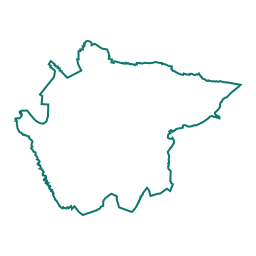 the district of Chalchicomula de Sesma, Puebla, Mexico
{"feature_id": "50627088B80469621247592", "entity_name": "Chalchicomula de Sesma", "entity_type": "district", "adm_level": 2, "iso_a3": "MEX", "parent_name": "Mexico", "parent_adm1": "Puebla", "projection": "albers", "projection_center": [-97.433, 18.977], "detail": "fine", "context": "isolated", "style": "outline", "palette": "teal", "viewbox_px": 256, "rotation_deg": 0, "n_neighbors": 0, "source": "geoboundaries", "source_scale": "gbopen_adm2", "svg_char_len": 5680}
<svg xmlns="http://www.w3.org/2000/svg" viewBox="0 0 256 256"><path d="M77.1,59.3L78.3,64.5L81.3,70.6L67.4,77.8L61.5,71.8L61.6,71.0L59.6,70.5L59.8,68.4L57.7,68.1L57.9,66.7L55.7,66.4L55.8,65.9L54.5,65.0L54.9,64.4L50.7,61.1L48.8,64.3L50.9,65.9L50.2,67.0L54.4,70.1L54.3,70.3L55.0,71.2L54.0,77.0L39.9,94.6L42.3,96.1L41.6,104.1L48.3,104.5L47.9,116.6L47.7,116.8L46.5,121.4L43.4,123.7L40.8,123.3L39.3,122.8L38.1,122.2L35.4,120.4L33.7,118.7L27.2,110.6L21.9,110.6L19.7,111.6L19.6,112.5L19.9,113.2L20.2,113.5L20.3,112.5L20.7,112.1L21.1,112.0L21.0,112.6L21.9,114.6L21.7,115.5L21.1,116.5L19.7,118.2L19.3,118.4L17.0,118.2L15.4,118.5L15.5,119.8L16.1,120.1L16.0,120.3L16.3,120.2L16.8,121.3L16.6,121.4L16.9,122.7L16.8,124.6L17.3,126.0L17.3,127.6L17.8,129.0L18.5,130.0L19.0,131.3L19.6,132.2L19.9,132.4L21.4,132.7L22.4,134.2L23.2,134.7L23.2,134.9L23.8,134.9L24.0,134.6L24.4,135.1L26.1,135.3L27.3,136.1L27.9,136.3L28.3,136.2L28.7,136.5L29.1,136.5L29.1,137.2L29.4,137.8L29.4,138.5L31.8,140.4L32.3,141.0L32.4,142.3L32.0,142.8L31.4,144.7L31.8,145.7L32.4,146.6L31.6,146.9L31.5,148.2L31.7,148.7L31.4,148.7L31.6,149.1L32.1,149.2L32.2,149.4L33.0,150.4L33.5,151.7L34.9,152.1L35.5,152.5L35.7,154.2L35.3,154.5L35.7,155.5L36.5,156.2L37.3,157.2L37.6,158.9L37.1,159.4L38.4,159.9L39.7,161.4L38.3,163.6L37.9,163.4L37.7,164.1L39.1,164.5L39.3,164.7L38.7,165.1L39.0,165.3L39.8,165.4L40.4,165.9L40.5,166.8L40.5,168.0L40.9,168.2L40.0,168.7L41.6,169.1L41.4,169.1L41.5,169.3L42.2,170.3L42.7,170.4L43.1,171.0L43.3,171.7L43.3,172.5L43.5,172.5L42.7,173.7L43.1,174.6L42.8,174.9L42.9,175.4L44.2,175.4L45.4,175.8L45.9,176.1L45.3,177.4L45.3,177.9L45.8,177.9L45.5,178.6L44.7,179.2L44.4,178.9L43.8,179.5L44.0,179.9L44.6,179.5L45.0,179.9L45.3,179.8L45.0,180.3L45.5,180.3L45.7,180.5L46.4,180.3L47.8,181.2L46.8,181.0L46.3,181.6L46.6,181.9L47.0,181.7L47.1,182.0L46.7,182.3L46.9,182.3L47.1,182.7L47.7,183.0L47.9,183.4L47.6,183.4L47.5,183.1L46.6,183.7L47.3,184.2L48.0,183.8L47.7,184.4L47.8,185.0L49.0,185.0L48.7,185.1L48.8,186.0L49.4,185.9L49.3,186.1L49.5,186.2L49.3,186.4L49.5,186.5L48.9,186.7L49.0,186.9L49.5,186.7L49.7,187.1L49.2,187.5L49.3,188.1L49.2,188.3L49.3,188.6L50.9,189.4L50.5,189.5L50.8,190.2L51.1,190.1L51.3,190.4L50.9,190.7L50.9,191.0L51.6,191.4L52.3,191.1L52.7,192.6L53.1,192.4L53.7,193.8L53.0,194.3L53.4,195.9L53.9,196.4L54.1,197.1L55.1,198.8L54.9,199.5L55.9,200.4L56.4,200.5L58.4,203.9L59.1,205.1L59.9,206.0L59.7,206.3L61.7,208.0L63.0,207.2L63.3,208.3L66.2,207.8L66.3,208.2L67.6,207.2L68.3,208.4L71.1,206.1L71.9,209.0L74.5,206.3L78.6,211.6L82.7,215.0L96.8,210.3L96.8,210.0L99.8,208.5L101.0,206.6L103.1,206.0L103.3,201.3L103.7,200.3L105.5,198.0L111.3,193.7L116.9,196.3L117.1,196.8L116.6,198.3L116.9,200.0L118.1,203.6L119.0,207.3L131.6,211.9L132.8,211.3L135.8,207.4L136.8,205.5L136.8,205.1L137.5,204.3L137.9,203.1L138.3,202.8L138.3,202.3L139.0,201.8L139.1,201.3L138.9,200.9L139.1,200.5L139.8,199.8L139.7,199.3L140.2,198.9L140.4,198.4L140.2,197.3L140.5,197.0L141.3,196.8L141.5,196.4L141.5,195.4L142.7,194.7L142.9,194.0L142.9,193.4L143.2,192.8L147.0,187.8L149.1,190.4L150.5,196.0L153.3,195.1L153.6,195.2L153.9,195.0L156.9,194.0L160.5,193.4L164.6,190.3L166.9,188.8L170.1,191.0L172.9,184.4L172.8,184.1L171.2,183.1L171.1,182.0L170.6,181.7L170.3,181.1L170.7,171.3L169.9,170.0L168.7,169.2L168.3,168.4L168.1,166.2L168.6,165.8L168.9,165.1L168.3,163.8L168.7,163.7L168.9,163.4L168.8,162.8L169.0,162.5L168.8,162.2L169.1,161.9L169.0,161.6L169.0,161.0L168.8,160.5L168.7,159.0L169.2,155.9L168.7,154.4L168.1,153.5L167.8,151.6L169.2,150.0L170.5,147.7L171.0,147.7L174.1,142.7L173.8,141.0L173.8,139.9L173.2,139.4L172.5,137.9L172.0,138.5L171.2,138.8L169.0,138.5L168.3,138.2L167.8,137.6L168.0,135.6L168.6,134.1L170.3,133.2L169.2,131.5L170.8,130.2L171.7,131.4L172.3,130.8L172.9,131.7L173.3,131.3L173.8,131.2L174.1,130.7L175.4,130.1L175.6,129.8L175.4,129.7L176.4,128.9L182.8,127.7L182.9,125.7L183.8,125.2L185.3,125.2L187.8,126.5L189.2,126.6L192.2,126.2L194.3,125.2L195.5,125.5L196.3,125.0L197.0,125.0L202.8,122.2L208.5,118.3L209.7,116.7L211.4,116.1L212.5,116.2L214.5,117.1L215.1,116.8L216.7,117.6L218.2,117.6L218.8,117.9L219.2,118.4L219.5,118.4L219.5,117.3L219.2,116.8L215.7,114.8L215.0,113.8L214.8,113.3L215.0,112.6L215.3,112.3L218.4,109.4L220.0,106.9L220.2,106.1L220.0,105.0L220.3,103.3L220.7,102.4L221.9,101.5L222.5,99.9L222.9,99.4L225.0,97.7L226.5,97.5L227.0,97.1L231.0,92.9L238.9,86.5L240.6,84.8L227.2,82.4L226.0,82.5L225.0,82.2L223.0,82.0L220.2,81.1L219.7,81.2L219.0,81.6L218.1,81.8L216.3,81.2L215.1,81.6L213.6,81.2L212.8,81.4L211.1,81.2L209.7,80.7L209.0,80.7L208.5,80.4L208.1,80.5L207.9,81.0L207.3,80.7L206.5,80.8L205.2,79.6L204.3,79.1L202.6,78.7L202.0,77.4L201.4,77.3L201.0,76.3L199.7,75.0L198.9,73.5L197.7,74.6L196.8,74.3L196.3,74.4L195.6,74.6L195.1,75.1L193.9,74.9L192.2,73.9L191.7,73.8L190.1,73.8L189.6,74.8L189.4,74.8L188.8,74.8L188.5,74.5L186.0,74.4L186.0,74.2L183.7,73.5L183.4,74.7L183.1,74.9L180.1,74.2L176.3,72.3L175.4,72.0L174.5,71.1L172.9,70.9L172.4,70.4L171.9,69.5L172.1,69.2L171.3,68.9L171.9,66.6L168.3,65.8L165.8,64.5L165.3,64.5L164.1,64.0L162.5,63.9L162.2,64.1L162.0,63.0L158.6,62.8L158.0,62.5L155.3,62.1L154.6,62.1L152.7,62.9L151.7,62.8L150.8,63.1L147.9,63.1L145.3,62.8L142.0,63.5L139.7,63.2L139.6,62.9L136.9,63.0L136.9,64.5L134.9,64.4L134.9,65.0L130.8,63.9L129.9,64.3L129.5,64.2L129.2,63.9L129.1,63.5L126.3,62.8L126.3,63.7L123.5,63.0L123.5,63.6L114.2,61.2L113.8,62.9L111.4,62.4L112.1,59.5L108.8,58.9L109.0,55.9L109.4,56.0L108.5,52.8L107.1,49.5L102.0,48.6L94.8,43.8L91.6,45.2L91.7,43.9L91.4,42.7L90.7,42.0L88.8,41.1L87.1,41.0L86.2,41.4L85.5,42.2L84.9,43.0L84.6,44.8L84.1,44.3L84.1,46.3L83.3,47.2L82.7,46.7L82.9,49.6L80.3,49.3L80.4,51.1L78.5,51.2L78.6,59.3L77.1,59.3Z" fill="none" stroke="#0f766e" stroke-width="2"/></svg>